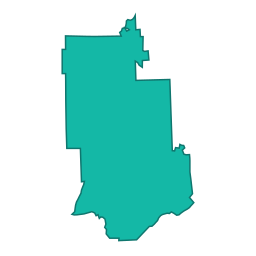 the district of Erechim, Rio Grande do Sul, Brazil
{"feature_id": "56859067B6052933451935", "entity_name": "Erechim", "entity_type": "district", "adm_level": 2, "iso_a3": "BRA", "parent_name": "Brazil", "parent_adm1": "Rio Grande do Sul", "projection": "orthographic", "projection_center": [-52.245, -27.633], "detail": "fine", "context": "isolated", "style": "filled", "palette": "teal", "viewbox_px": 256, "rotation_deg": 0, "n_neighbors": 0, "source": "geoboundaries", "source_scale": "gbopen_adm2", "svg_char_len": 1564}
<svg xmlns="http://www.w3.org/2000/svg" viewBox="0 0 256 256"><path d="M124.8,27.8L122.3,28.4L121.5,31.0L119.7,32.4L121.2,36.1L94.7,36.5L86.5,36.4L65.5,35.9L65.6,49.4L62.2,49.4L62.2,62.8L62.2,73.6L65.6,73.6L65.7,80.4L65.8,100.9L66.2,128.6L66.8,148.4L72.2,148.4L80.4,148.4L80.5,151.5L81.5,181.8L84.4,181.4L83.7,184.6L82.8,186.7L81.5,190.1L81.0,193.2L79.2,196.7L77.8,199.6L76.5,202.0L75.6,205.1L75.2,207.9L74.7,211.7L72.0,214.3L74.1,214.9L77.0,214.8L84.0,213.9L91.9,211.7L94.7,212.9L96.1,215.7L98.0,214.7L99.3,218.4L100.7,217.0L102.8,217.2L105.0,219.1L105.9,224.1L104.7,227.4L106.5,229.5L106.2,233.9L109.7,238.2L119.0,238.2L118.8,240.6L136.6,239.8L149.3,226.4L152.0,226.2L154.4,224.0L155.8,222.4L157.5,220.6L158.7,217.8L160.6,215.6L162.5,214.5L165.3,213.7L167.2,213.2L169.4,213.5L171.3,211.9L173.9,213.3L176.7,215.2L179.0,214.8L180.8,213.2L182.7,211.8L184.5,210.6L187.1,209.2L189.4,207.6L190.9,205.8L192.4,204.2L193.8,202.6L189.5,197.5L192.5,193.7L190.8,178.9L189.9,172.0L189.9,164.4L189.9,160.8L189.8,158.1L189.5,154.6L186.2,154.8L183.9,154.2L182.3,150.1L184.7,147.9L183.7,145.5L181.7,145.3L179.9,144.4L179.2,148.1L175.6,147.6L174.6,150.9L172.3,150.7L171.0,114.2L169.8,79.5L147.0,80.1L135.9,80.4L135.7,74.1L135.3,61.1L137.7,62.6L139.2,65.2L142.3,67.3L142.4,60.5L148.9,60.0L148.1,50.9L144.5,51.4L142.8,50.5L143.1,36.6L140.4,36.6L140.0,29.4L135.8,29.8L135.2,15.4L134.2,17.4L132.5,19.4L130.3,20.3L127.8,19.6L126.4,21.0L126.3,23.2L125.8,25.8L124.8,27.8ZM124.8,27.8L127.5,28.4L129.3,29.8L126.7,31.1L124.8,27.8Z" fill="#14b8a6" stroke="#0f766e" stroke-width="1.5"/></svg>